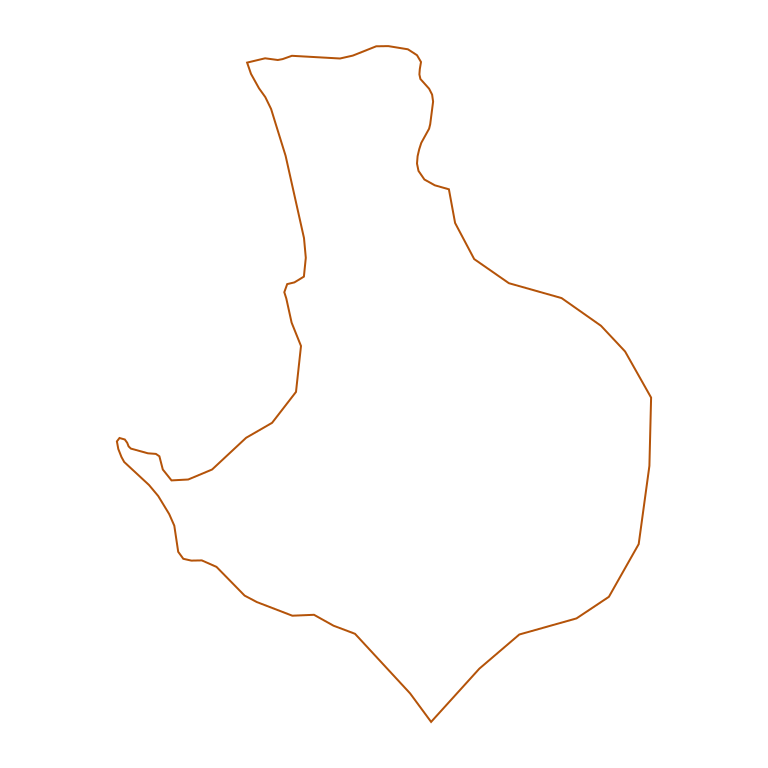 the border of Santa Elena
{"feature_id": "ECU-5507", "entity_name": "Santa Elena", "entity_type": "Province", "adm_level": 1, "iso_a3": "ECU", "parent_name": "Ecuador", "parent_adm1": "", "projection": "natural_earth1", "projection_center": [-80.701, -2.093], "detail": "fine", "context": "isolated", "style": "outline", "palette": "amber", "viewbox_px": 768, "rotation_deg": 0, "n_neighbors": 0, "source": "natural_earth", "source_scale": "10m", "svg_char_len": 1223}
<svg xmlns="http://www.w3.org/2000/svg" viewBox="0 0 768 768"><path d="M431.1,721.9L410.1,693.4L355.0,633.8L333.5,625.7L314.0,614.8L292.3,615.7L256.9,602.1L244.6,595.6L216.5,566.9L201.8,560.4L191.3,560.6L183.3,558.8L178.2,551.8L174.3,525.7L169.2,514.1L158.2,496.0L149.0,485.0L124.2,462.0L121.5,457.1L118.3,449.0L116.9,441.4L119.5,438.0L124.8,439.5L127.2,442.8L128.6,446.4L130.9,448.6L147.9,453.3L155.9,453.9L159.4,456.3L162.8,469.5L171.5,480.4L188.2,479.5L212.1,469.5L246.1,437.8L272.1,422.8L296.0,391.9L301.0,346.0L291.6,322.6L286.3,298.5L284.3,292.2L287.2,284.1L294.4,282.4L303.9,276.6L305.8,257.8L304.0,238.1L285.6,155.8L275.5,123.3L271.1,109.0L265.3,97.1L259.0,88.3L251.0,73.9L247.1,62.6L265.1,58.3L277.8,60.0L282.6,59.1L291.9,55.8L340.0,58.5L352.8,55.6L376.2,46.3L388.3,46.1L407.9,49.3L417.0,55.2L421.0,62.0L419.8,69.1L419.4,74.4L420.4,79.0L429.1,88.7L432.1,94.6L433.1,101.6L430.2,124.2L429.1,128.7L421.3,142.8L419.2,149.3L417.6,156.2L417.0,163.6L418.5,170.9L424.4,179.5L434.8,185.3L448.9,189.3L455.1,223.0L474.2,259.1L508.9,283.2L561.6,298.1L601.0,325.8L625.1,351.5L651.1,397.6L649.4,465.9L638.7,544.1L608.9,596.8L576.5,618.4L519.3,634.5L479.4,668.6L431.1,721.9Z" fill="none" stroke="#b45309" stroke-width="2"/></svg>